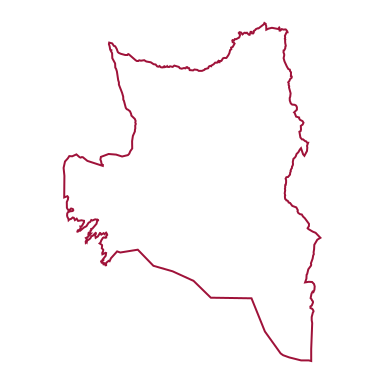 outline of Kwahu Afram Plains South, Eastern, Ghana
{"feature_id": "2480657B87039075961323", "entity_name": "Kwahu Afram Plains South", "entity_type": "district", "adm_level": 2, "iso_a3": "GHA", "parent_name": "Ghana", "parent_adm1": "Eastern", "projection": "equal_earth", "projection_center": [-0.455, 6.878], "detail": "fine", "context": "isolated", "style": "outline", "palette": "rose", "viewbox_px": 384, "rotation_deg": 0, "n_neighbors": 0, "source": "geoboundaries", "source_scale": "gbopen_adm2", "svg_char_len": 5844}
<svg xmlns="http://www.w3.org/2000/svg" viewBox="0 0 384 384"><path d="M257.7,28.3L255.8,29.2L255.2,30.1L254.0,30.8L253.7,32.6L253.2,33.4L252.0,33.4L251.4,32.4L251.5,31.9L250.6,31.9L249.6,34.8L248.7,34.6L246.9,32.7L245.9,33.2L245.0,32.7L244.3,32.8L242.5,34.4L241.0,32.5L239.5,32.2L238.8,33.0L240.1,35.0L239.2,37.5L236.3,39.1L234.8,39.1L234.1,40.4L232.6,40.1L232.3,40.5L232.7,42.2L233.9,42.7L234.6,43.6L232.7,46.9L231.1,47.6L231.3,49.3L230.1,50.1L229.4,53.1L228.4,55.1L226.6,57.7L226.2,58.0L224.1,57.9L222.9,58.4L221.4,60.9L219.6,61.0L219.5,62.2L218.9,62.2L218.3,61.1L217.0,62.7L215.2,62.6L213.6,64.3L211.1,65.7L211.1,66.2L209.9,66.0L208.8,66.6L208.2,68.2L204.9,69.1L204.5,69.8L201.9,70.9L198.8,70.9L197.3,69.9L194.4,69.5L193.1,70.4L189.7,70.1L189.1,68.2L188.0,68.1L187.4,67.2L186.4,67.2L186.0,68.0L185.3,68.4L184.1,68.0L181.7,68.7L179.8,68.2L178.8,66.9L174.3,65.6L172.7,66.9L170.0,66.3L169.1,67.0L167.8,66.9L167.2,66.2L166.9,66.6L165.3,67.0L164.6,66.4L164.0,67.1L163.6,66.7L162.7,67.4L161.8,67.4L160.5,67.1L159.6,66.0L158.4,66.7L157.2,66.4L155.6,64.5L153.6,64.2L150.8,62.3L146.3,61.5L144.2,60.2L141.0,60.7L139.2,60.3L138.3,61.0L136.9,61.0L135.7,60.3L128.9,54.4L128.2,54.1L127.4,55.0L125.2,55.0L120.8,53.8L118.8,52.9L117.8,52.0L116.7,48.9L115.2,46.3L113.8,45.8L112.2,43.4L109.2,42.6L108.9,44.1L109.6,46.2L110.2,49.6L111.3,50.2L110.8,50.8L112.1,53.2L112.3,58.2L115.1,63.4L115.3,67.6L116.1,68.9L116.9,71.5L118.2,80.2L118.9,82.3L118.9,84.6L122.1,92.9L123.2,96.7L123.3,99.7L123.9,100.7L125.8,107.9L126.8,109.2L128.0,109.7L130.0,111.3L131.1,113.9L131.4,115.6L134.8,118.9L135.6,120.9L135.3,122.7L135.8,123.9L135.2,125.6L135.3,128.3L134.9,130.0L134.9,131.4L132.9,135.9L132.1,141.1L132.2,148.5L130.3,151.2L129.2,153.8L127.9,155.1L122.1,156.5L116.1,154.6L108.6,154.0L100.9,156.9L100.4,159.7L101.1,161.3L101.4,163.2L102.2,164.8L102.9,165.0L102.8,165.9L87.4,160.9L82.8,157.2L81.7,157.1L80.7,157.6L79.6,157.2L76.4,154.4L72.2,156.3L69.3,156.1L67.8,158.4L65.0,161.5L63.6,167.9L64.4,175.8L64.2,197.4L67.4,196.2L68.2,197.3L67.9,199.5L66.8,202.0L66.9,207.8L68.0,209.8L69.3,210.2L71.1,208.5L72.8,209.0L73.3,210.1L72.9,210.8L72.2,211.1L70.2,211.3L67.9,212.2L67.2,213.6L67.1,215.7L67.4,216.9L68.4,218.8L68.6,220.2L69.3,219.5L71.1,218.9L72.7,217.5L73.8,217.8L74.9,220.1L76.7,218.7L78.1,220.9L81.4,220.3L84.0,220.8L84.0,222.2L82.0,225.8L81.2,226.5L80.4,226.5L80.7,227.4L80.2,229.1L78.4,230.4L77.8,230.4L77.4,231.6L77.7,231.7L79.6,230.5L80.2,230.7L83.8,227.6L86.4,226.2L88.6,222.7L90.2,221.9L91.3,220.0L92.4,220.5L95.0,219.4L96.0,219.4L96.9,220.0L97.4,219.6L98.0,219.9L98.1,220.3L97.1,221.3L96.5,223.8L92.3,228.7L91.2,228.9L91.2,230.2L90.5,230.6L90.5,231.7L90.1,232.4L89.1,232.5L88.6,232.9L88.4,234.3L90.6,233.9L87.8,237.0L85.9,238.0L86.7,239.0L86.5,240.1L85.7,241.5L85.8,242.6L86.3,242.1L86.7,242.5L86.9,241.4L87.9,239.6L88.5,239.8L90.3,238.4L91.4,236.2L92.7,235.8L95.6,232.9L95.9,233.1L95.9,233.8L95.1,234.9L95.7,237.8L97.9,236.4L100.0,233.0L100.4,233.1L101.3,234.6L103.6,233.2L104.6,234.2L106.1,232.7L106.8,233.7L107.2,234.9L106.1,236.3L106.2,237.5L105.3,237.8L103.8,237.4L102.8,238.0L101.2,240.6L100.5,242.6L99.6,243.4L101.9,244.9L102.1,245.7L101.8,248.3L103.2,249.6L103.2,250.8L102.2,253.1L102.4,254.3L105.6,252.8L106.1,253.0L105.7,255.8L102.7,259.6L103.4,260.1L103.1,260.7L103.4,260.8L101.3,261.1L101.1,261.4L101.7,262.7L103.9,263.1L103.3,263.8L103.5,264.3L104.8,263.9L105.5,265.3L106.1,265.2L106.1,263.3L106.7,262.4L108.7,260.8L109.6,261.2L110.9,258.3L117.1,251.4L120.3,252.5L137.8,249.7L153.4,265.8L172.6,271.3L193.6,280.9L210.8,297.7L251.5,298.3L264.9,331.5L280.6,353.4L283.1,355.2L289.2,357.4L301.1,360.4L308.8,360.4L311.2,361.0L311.2,349.1L312.2,323.1L311.7,320.1L311.7,317.0L312.9,312.4L313.5,311.6L313.4,310.7L312.7,309.4L312.0,308.7L310.5,308.1L310.4,306.5L311.8,305.5L313.0,302.5L312.9,301.3L312.0,300.4L311.7,299.4L310.6,298.2L311.5,293.7L312.6,291.6L313.4,292.1L314.4,289.8L314.7,286.4L314.0,284.0L312.1,282.0L308.8,281.8L305.1,282.4L306.4,278.7L306.6,274.8L307.2,273.9L308.3,269.3L311.0,265.6L311.2,264.8L310.9,263.4L312.6,258.7L313.2,255.4L313.8,254.2L313.6,252.3L314.1,249.2L314.3,244.8L317.3,239.7L320.4,237.8L315.6,232.8L312.7,231.6L308.3,229.0L307.6,228.2L308.9,226.2L309.0,223.9L304.8,218.2L303.0,216.5L301.8,214.5L300.1,214.2L298.3,213.0L297.5,211.3L297.8,210.2L296.3,207.4L292.3,205.9L290.1,203.0L288.6,202.5L288.2,201.4L287.4,200.6L286.4,200.4L286.0,199.6L285.3,199.1L285.0,198.0L284.9,195.9L285.2,195.4L284.7,193.4L285.2,190.1L284.9,188.8L285.2,187.8L285.1,185.9L285.7,185.0L285.4,184.7L285.9,183.8L286.1,182.4L286.1,180.1L285.6,178.7L286.4,177.2L288.0,177.0L290.0,174.6L290.2,172.6L290.8,171.2L290.6,170.6L291.2,169.1L291.9,168.1L292.0,166.6L292.7,165.5L293.0,164.1L292.8,162.0L293.4,158.9L295.0,157.4L295.7,156.4L296.6,153.9L298.3,152.3L299.9,149.5L301.0,148.2L303.1,154.3L304.4,155.8L307.0,151.0L307.3,147.4L307.0,145.9L308.1,142.8L307.2,142.8L306.2,141.4L305.0,141.0L303.1,139.4L302.0,139.4L300.4,137.5L299.4,131.7L300.6,131.1L301.0,129.6L300.8,125.9L302.7,124.5L303.5,122.7L302.5,121.1L300.0,119.8L299.1,118.3L299.1,117.5L296.1,116.6L294.6,112.8L294.1,112.4L296.9,109.7L296.9,107.2L296.1,105.6L294.7,104.8L292.2,104.6L290.8,103.4L289.8,100.6L289.7,98.0L290.2,96.7L290.6,93.3L289.0,87.4L289.2,86.2L288.6,84.9L288.8,83.6L288.2,82.3L289.4,80.9L290.1,79.1L291.5,77.9L291.8,76.9L291.2,75.7L290.9,75.8L291.0,72.3L290.1,71.1L289.8,69.6L288.4,69.1L286.9,66.6L284.5,61.4L283.6,58.1L284.2,55.5L284.2,54.2L283.5,52.4L283.6,50.5L284.2,50.3L285.2,48.5L285.4,46.5L285.8,45.9L285.2,42.9L285.1,40.3L285.3,39.4L284.8,38.8L285.2,37.6L284.9,35.9L286.5,32.4L287.5,32.3L287.3,31.4L286.0,29.6L285.4,29.4L283.4,29.6L281.8,29.1L280.3,30.6L279.6,30.6L279.4,29.5L279.6,28.2L279.2,27.6L278.2,29.0L271.9,27.8L268.6,28.6L266.3,29.7L266.2,25.9L265.6,24.5L265.7,23.9L264.4,23.0L263.8,24.3L258.5,28.4L257.7,28.3Z" fill="none" stroke="#9f1239" stroke-width="2"/></svg>